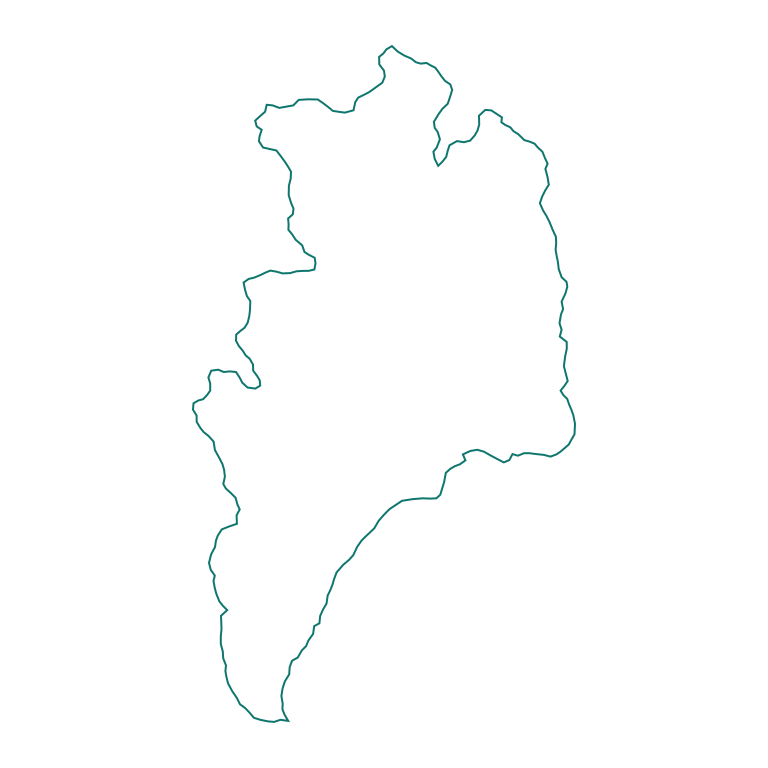 the district of Caeté, Minas Gerais, Brazil
{"feature_id": "56859067B10298229878474", "entity_name": "Caeté", "entity_type": "district", "adm_level": 2, "iso_a3": "BRA", "parent_name": "Brazil", "parent_adm1": "Minas Gerais", "projection": "albers", "projection_center": [-43.645, -19.886], "detail": "fine", "context": "isolated", "style": "outline", "palette": "teal", "viewbox_px": 768, "rotation_deg": 0, "n_neighbors": 0, "source": "geoboundaries", "source_scale": "gbopen_adm2", "svg_char_len": 3998}
<svg xmlns="http://www.w3.org/2000/svg" viewBox="0 0 768 768"><path d="M547.6,163.7L544.9,157.9L542.4,151.7L537.9,147.6L534.6,143.7L530.1,141.8L524.3,140.1L518.3,134.2L513.5,131.2L510.3,127.3L505.3,125.0L501.4,122.3L501.9,117.3L496.8,114.0L491.3,110.4L485.3,109.9L479.0,115.7L479.2,124.6L477.5,130.6L474.8,135.3L470.2,140.6L463.9,142.2L457.0,141.1L449.5,145.3L447.7,150.8L446.2,156.9L442.4,161.7L438.2,165.8L434.7,158.9L433.4,151.7L436.7,147.6L439.9,139.3L437.7,132.0L434.7,127.8L433.9,121.8L438.8,113.8L442.5,108.7L447.7,103.8L450.0,97.1L452.2,89.9L450.3,84.4L445.1,81.0L441.2,76.0L438.4,71.9L435.4,67.8L430.9,65.5L426.6,63.0L420.6,63.6L415.9,62.2L411.1,58.5L404.4,55.6L397.8,51.6L391.9,46.1L386.4,49.4L383.5,53.3L379.1,56.9L379.3,64.4L384.0,70.7L384.8,76.6L382.3,82.7L374.9,88.0L369.2,92.1L363.4,95.1L358.2,97.6L355.3,102.1L353.5,110.3L344.8,112.6L338.1,111.7L332.9,110.9L328.3,107.1L323.2,103.2L317.8,99.5L307.8,99.3L298.7,99.9L293.3,105.4L286.5,106.6L279.2,107.9L272.7,105.4L266.7,104.8L265.1,111.7L260.9,115.4L255.2,120.6L256.7,126.4L261.7,129.8L259.7,135.8L258.9,141.1L263.0,147.5L269.3,148.9L276.4,150.5L281.2,156.7L285.2,162.2L288.4,167.2L291.0,171.7L290.7,178.6L288.9,185.7L288.7,195.2L291.0,202.7L293.5,208.7L292.8,214.3L288.1,218.5L288.6,224.4L288.4,229.8L291.9,234.0L295.7,239.8L302.2,245.4L304.5,252.0L308.7,254.7L314.7,257.8L315.5,263.3L314.4,269.5L308.4,270.9L302.7,270.9L296.5,271.3L290.1,273.1L282.6,273.4L276.6,271.7L270.3,270.6L265.7,272.5L260.1,275.2L253.7,277.8L248.7,278.9L243.6,282.5L245.1,290.0L246.9,296.1L250.3,301.0L250.0,309.7L249.3,316.0L247.7,322.6L244.6,327.7L240.2,331.1L236.2,334.6L236.0,340.7L238.8,346.0L242.7,350.6L245.6,355.3L249.6,358.7L253.0,364.5L253.2,370.7L257.1,375.9L259.7,380.3L260.2,385.6L255.3,388.6L247.5,387.5L242.2,382.6L239.9,378.0L236.0,372.0L230.0,371.4L223.7,372.0L218.3,369.7L211.2,370.7L208.4,377.5L210.2,383.4L210.2,390.6L207.1,395.0L203.1,399.2L198.3,400.5L193.5,403.3L193.0,409.7L196.6,415.5L196.7,421.9L200.6,428.3L203.7,432.1L208.6,436.0L213.6,441.6L214.9,450.0L219.1,457.6L222.4,464.0L224.1,469.8L224.9,476.7L223.3,484.0L225.9,488.6L230.6,492.8L235.6,497.8L237.4,504.5L239.7,509.4L236.6,515.3L236.9,523.8L228.5,526.7L221.8,529.4L217.8,535.6L216.0,540.4L215.0,547.1L211.1,554.4L209.0,562.9L210.8,569.9L214.8,575.6L213.5,581.0L214.7,587.6L216.3,593.7L219.4,601.4L222.8,605.7L227.2,610.1L221.0,615.8L221.3,623.0L221.5,629.0L220.8,636.4L220.8,643.9L222.8,651.6L223.2,658.3L226.0,665.5L225.4,671.0L226.3,676.3L228.0,683.3L232.3,691.3L236.9,698.0L240.0,704.3L245.2,708.1L249.5,712.6L253.9,717.8L260.3,719.8L268.1,721.4L274.2,721.9L280.4,719.8L288.2,720.9L284.5,714.6L282.4,709.2L282.7,703.7L281.4,696.0L282.5,688.8L284.8,681.5L289.2,674.3L289.7,667.1L292.1,660.7L297.8,657.5L301.8,650.4L306.1,646.1L308.3,640.7L313.1,633.9L314.2,626.1L319.4,623.3L320.2,615.8L323.1,609.4L326.5,603.7L327.7,595.4L330.2,590.4L332.5,584.6L334.0,579.3L336.6,572.4L343.2,564.8L349.1,559.8L353.3,555.1L357.2,546.8L361.6,540.5L365.6,536.5L369.7,532.7L374.3,528.3L378.6,520.9L384.0,514.7L389.4,509.2L395.7,505.0L402.0,500.8L412.2,499.2L422.6,498.3L430.4,498.6L436.4,498.3L440.3,494.7L442.1,488.7L444.1,482.2L445.8,472.9L450.2,468.9L454.8,466.2L459.9,464.3L465.4,460.4L462.9,454.4L470.5,450.9L477.3,449.8L483.8,451.6L490.5,455.4L498.4,459.6L503.8,462.4L509.3,460.1L512.5,454.1L517.9,455.7L524.1,453.2L529.3,453.2L534.8,453.9L543.9,454.9L550.5,456.6L556.4,454.4L560.6,451.6L564.9,447.9L568.7,444.6L571.4,439.7L574.5,434.3L575.0,423.9L573.4,415.5L571.4,409.7L569.2,404.7L567.2,398.9L563.3,395.0L560.6,390.6L564.3,386.0L567.7,381.0L565.9,374.0L563.9,366.2L565.1,356.8L566.8,348.5L566.7,341.9L559.8,336.6L561.6,329.7L559.5,323.2L561.0,314.4L563.1,309.1L561.6,301.7L565.5,293.3L567.3,286.7L566.5,281.8L561.6,277.2L558.7,269.0L557.9,262.0L556.7,256.2L555.6,249.8L556.2,242.9L555.9,236.8L552.7,229.9L549.4,221.8L546.5,216.0L543.1,210.5L539.9,203.2L542.1,196.7L545.2,190.5L548.8,184.7L547.6,177.4L545.4,168.9L547.6,163.7Z" fill="none" stroke="#0f766e" stroke-width="2"/></svg>